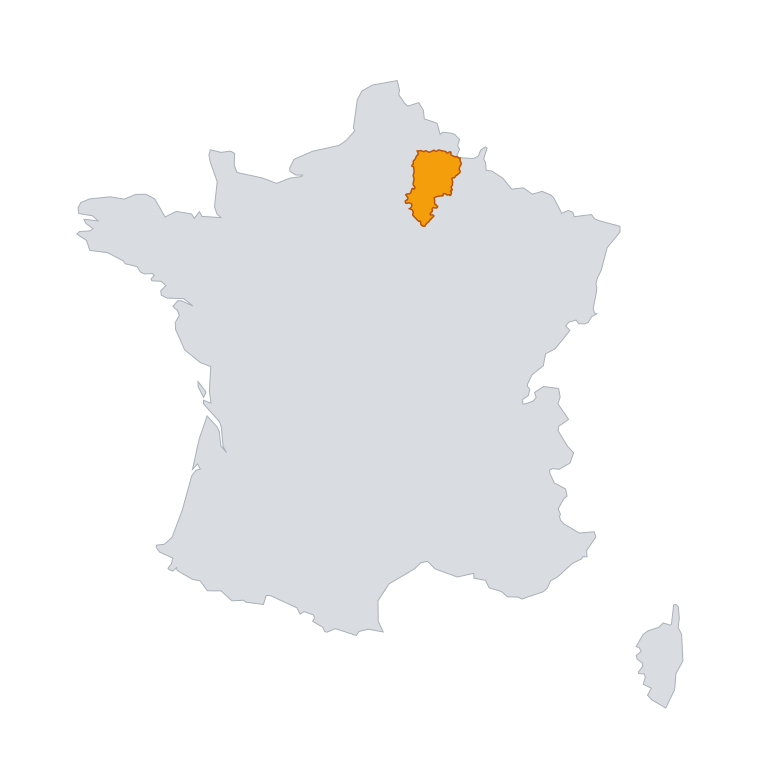 France, with Aisne highlighted, rotated 4°
{"feature_id": "FRA-5263", "entity_name": "Aisne", "entity_type": "Metropolitan department", "adm_level": 1, "iso_a3": "FRA", "parent_name": "France", "parent_adm1": "", "projection": "albers", "projection_center": [3.618, 49.454], "detail": "fine", "context": "in_parent", "style": "filled", "palette": "amber", "viewbox_px": 768, "rotation_deg": 4, "n_neighbors": 0, "source": "natural_earth", "source_scale": "10m", "svg_char_len": 7424}
<svg xmlns="http://www.w3.org/2000/svg" viewBox="0 0 768 768"><g transform="rotate(4 384 384)"><path d="M591.3,299.2L586.3,302.4L583.4,308.4L580.1,310.0L574.1,310.3L571.1,306.8L563.9,309.5L561.2,313.3L565.7,317.7L552.1,337.1L543.1,342.5L541.6,354.8L531.0,364.4L527.2,374.2L527.0,376.1L529.8,379.2L528.8,385.5L523.4,389.8L523.6,393.8L525.2,394.4L533.6,390.9L536.7,387.0L534.8,381.9L543.2,375.4L558.5,376.3L560.6,384.6L558.9,391.7L570.6,406.4L561.3,413.9L560.9,418.6L571.5,433.4L578.0,439.4L575.1,449.8L564.8,456.9L558.1,456.6L555.2,458.4L555.7,461.6L560.7,470.7L572.5,476.1L574.5,483.1L571.4,485.7L566.5,496.5L569.1,501.6L568.3,504.0L569.6,507.5L572.9,510.9L589.4,519.1L603.9,516.7L606.0,521.8L597.7,536.1L598.6,542.2L594.0,542.6L593.3,544.7L584.5,549.8L570.5,564.4L563.8,568.8L561.3,576.0L557.4,580.1L536.5,588.9L532.4,587.2L522.1,587.7L515.5,582.8L503.1,580.0L498.9,572.7L487.4,571.5L486.7,566.6L470.6,571.4L447.8,564.9L439.8,557.8L433.3,559.7L427.4,566.2L402.9,583.1L393.1,600.7L394.8,621.2L400.5,631.4L385.3,629.7L376.3,632.6L373.9,636.8L352.6,631.4L344.6,635.5L342.4,635.2L339.7,630.8L329.4,625.7L331.1,622.4L329.7,619.3L320.0,616.6L316.4,619.5L312.9,613.4L285.7,603.1L281.3,603.1L279.1,612.3L261.4,611.3L259.0,609.5L247.5,610.9L235.8,601.7L222.2,602.6L214.5,593.3L206.5,592.2L195.5,586.9L190.5,584.2L190.0,581.5L186.4,585.3L182.3,584.1L181.4,582.8L184.5,578.1L185.4,572.4L171.7,567.2L168.2,562.8L168.3,560.6L176.0,559.2L183.3,551.7L191.7,523.3L198.5,489.4L202.3,483.2L206.7,481.7L203.5,476.7L198.9,482.6L203.5,451.5L209.8,428.2L220.6,438.6L223.0,442.9L225.6,457.1L231.7,463.4L227.8,457.5L224.8,438.6L222.5,433.1L205.4,416.4L205.0,412.8L212.8,415.2L210.3,403.3L210.0,378.7L199.4,375.5L182.8,363.9L172.3,344.2L171.5,337.2L175.1,330.0L172.8,325.1L168.0,321.4L172.3,315.4L175.9,315.0L187.9,319.5L178.3,312.8L161.9,313.5L155.6,310.9L154.8,306.4L159.6,301.1L154.5,297.1L145.2,297.2L144.2,295.6L147.2,291.7L145.0,290.0L137.4,290.9L133.2,289.3L129.6,284.2L117.5,282.1L115.0,279.2L98.8,272.2L81.2,271.3L77.3,261.6L67.1,255.9L69.5,253.2L80.5,251.7L82.8,249.3L75.5,244.7L73.2,240.6L87.4,241.2L81.4,236.5L67.7,235.3L66.5,229.6L68.9,224.1L77.4,219.9L97.7,216.4L112.1,217.7L122.9,212.2L133.1,211.3L142.3,215.3L154.0,232.6L164.9,226.3L180.2,227.8L183.1,232.0L187.8,225.0L190.9,229.5L209.8,229.4L205.6,226.2L202.5,219.1L203.5,193.9L195.3,174.9L193.4,168.1L194.4,162.5L205.3,164.3L214.6,162.4L218.9,164.4L219.3,176.3L222.7,183.3L248.1,186.9L262.8,191.4L275.5,185.3L287.2,182.8L288.2,181.3L281.5,181.7L275.5,178.5L274.8,175.3L278.5,166.2L296.5,156.8L322.6,149.1L329.4,143.6L337.2,133.4L335.6,130.7L337.5,102.4L341.5,93.2L351.3,86.7L376.0,80.4L378.9,89.5L378.6,94.5L385.1,102.6L388.3,105.1L399.1,100.9L404.2,108.3L405.7,116.7L418.8,120.2L422.6,131.1L425.0,128.7L433.2,129.1L437.0,130.0L442.3,134.8L440.8,141.3L443.1,144.5L440.9,150.5L442.5,153.0L457.6,152.8L462.2,150.1L464.1,144.0L468.7,140.4L470.4,141.5L467.7,152.7L469.8,155.6L471.0,163.6L476.8,164.1L488.1,170.3L497.8,180.7L509.4,178.6L518.7,184.3L528.2,180.8L537.2,183.8L540.5,186.7L549.4,201.3L555.8,198.0L560.4,199.6L562.1,203.8L579.2,200.5L582.5,204.5L586.2,205.9L608.3,210.2L608.9,215.8L597.1,232.4L592.8,255.3L589.5,263.4L588.4,269.3L589.6,273.2L589.3,279.4L587.4,294.3L589.1,298.5L591.3,299.2ZM694.9,597.0L694.4,606.4L698.3,612.8L701.5,639.4L695.4,652.7L695.3,668.4L687.7,687.6L673.1,680.4L668.6,676.1L671.9,668.8L663.6,665.5L665.1,658.5L664.0,655.1L658.3,655.1L657.9,653.4L661.7,647.8L661.4,644.5L655.7,640.7L654.5,637.1L659.4,632.7L656.8,629.1L653.8,628.4L660.0,615.8L664.5,611.8L675.1,607.6L679.2,602.8L686.4,604.7L687.5,603.4L688.4,584.1L690.8,583.6L693.2,586.0L694.9,597.0ZM207.0,404.4L205.0,409.9L198.8,399.8L198.3,394.5L207.0,404.4Z" fill="#d9dde1" stroke="#a8b0b8" stroke-width="1"/><path d="M440.7,152.1L443.0,153.3L443.6,153.4L444.2,153.3L444.3,154.4L444.2,155.7L444.5,156.4L444.9,156.9L445.5,158.0L445.6,158.7L445.6,159.3L445.5,159.7L445.2,160.5L444.6,161.6L444.3,162.3L444.0,164.6L444.1,165.0L444.8,165.6L445.1,166.4L445.1,167.2L444.9,167.8L444.5,168.3L443.0,169.6L442.4,170.4L442.1,170.7L441.6,170.8L441.2,171.2L440.8,171.8L440.3,172.8L439.8,173.3L439.3,173.5L438.5,173.4L438.0,173.6L437.7,173.8L437.4,174.3L437.4,174.8L437.8,175.7L438.0,176.5L438.1,177.0L438.4,177.4L438.5,178.0L438.4,178.5L438.2,179.1L438.2,179.7L438.4,180.2L438.4,180.9L438.2,181.3L437.5,182.0L437.2,182.6L437.3,183.1L437.5,183.6L438.3,184.9L438.5,185.7L437.7,185.8L437.3,186.1L437.1,186.5L436.9,187.0L437.5,187.3L437.8,188.2L437.8,189.8L437.6,190.3L437.5,190.8L437.2,191.1L436.9,191.3L436.4,191.1L435.7,190.6L435.4,190.6L434.9,190.7L434.4,191.0L434.0,191.1L433.6,191.0L432.4,190.2L432.0,190.0L431.4,189.9L430.5,189.9L429.9,190.2L429.7,190.6L429.7,191.0L429.8,191.4L429.8,191.8L429.6,192.1L429.3,192.2L426.7,192.5L423.2,193.5L421.8,194.3L421.0,194.9L421.1,195.4L421.5,196.3L421.7,196.8L421.7,197.3L421.9,200.0L422.0,200.5L422.1,200.8L422.3,201.1L422.6,201.2L423.0,201.2L423.3,201.4L423.6,201.7L423.8,202.1L424.1,202.4L424.8,202.8L425.0,203.0L425.0,203.4L424.9,204.0L424.5,204.4L424.1,204.7L423.7,204.8L423.2,204.9L421.4,204.6L421.0,204.6L420.4,204.9L420.2,205.1L420.0,205.4L419.9,205.8L419.9,206.2L419.9,206.6L420.1,207.4L420.2,207.9L420.0,208.5L419.7,209.1L419.3,209.7L419.0,210.0L418.4,210.4L418.3,210.7L418.3,211.1L418.3,211.4L418.3,211.6L418.4,211.9L418.7,212.1L419.1,212.2L420.5,212.0L420.9,212.0L421.3,212.1L421.7,212.3L421.9,212.7L421.9,213.2L421.7,213.6L421.3,214.0L420.9,214.3L420.2,215.0L419.8,215.9L419.0,216.4L418.5,216.8L418.3,217.3L418.2,217.9L417.8,218.4L415.2,221.0L414.9,221.6L414.4,222.4L413.8,223.7L412.6,223.9L412.0,223.8L411.3,223.6L409.8,222.4L409.5,221.8L409.4,221.4L409.4,220.6L409.2,219.6L409.0,219.3L408.7,219.0L408.4,219.0L407.7,219.4L407.2,219.3L401.2,213.9L400.9,213.5L400.8,212.9L400.8,212.6L400.9,212.3L401.1,211.8L401.2,211.2L401.2,210.6L400.5,209.2L400.1,208.6L399.8,208.2L397.2,207.4L397.9,206.9L398.5,206.1L399.1,205.2L399.4,204.2L399.3,203.3L398.9,202.6L398.2,202.1L396.8,201.6L396.0,201.6L393.7,202.2L393.4,202.2L393.0,201.9L392.7,201.3L392.5,199.8L393.3,199.2L394.3,198.6L394.8,197.4L394.8,196.6L394.5,196.0L392.6,194.0L392.6,193.6L393.7,192.8L395.8,192.6L397.0,191.8L397.5,190.6L398.2,187.5L399.0,186.8L399.4,187.0L400.1,187.4L400.5,187.4L400.9,187.0L401.1,186.3L401.1,185.6L400.8,184.9L400.4,184.5L399.7,184.1L399.4,183.5L399.2,182.8L399.1,182.1L399.2,181.3L399.6,178.3L399.6,177.2L399.4,176.1L398.7,174.8L398.6,174.3L398.6,173.6L399.2,170.5L399.2,169.8L399.1,169.2L398.8,168.2L398.6,166.1L398.4,165.4L398.2,165.1L397.4,165.1L396.6,164.6L396.6,163.9L396.9,163.5L397.6,162.9L397.8,162.3L397.8,161.6L397.6,160.2L397.8,159.3L398.2,158.8L398.7,158.5L399.2,157.9L400.6,154.2L402.1,152.4L402.3,152.0L402.0,151.4L400.8,149.3L403.6,148.7L404.9,148.7L407.3,149.4L407.9,149.3L408.4,149.0L408.7,148.7L409.2,148.5L409.6,148.5L410.1,148.6L411.1,149.1L412.8,149.6L413.4,149.5L414.0,149.3L414.3,149.0L414.6,148.8L414.9,148.7L415.6,148.4L416.0,148.2L417.1,147.4L417.5,147.4L417.9,147.4L418.8,148.0L419.6,148.2L420.2,148.1L420.7,147.8L421.1,147.4L422.3,146.8L422.9,146.7L423.4,146.8L425.1,147.3L429.3,147.8L429.7,148.0L430.0,148.4L430.2,148.8L430.7,149.2L431.0,149.3L431.5,149.1L432.1,148.6L432.4,148.3L433.0,148.1L433.8,147.8L434.3,147.9L434.6,148.1L434.7,148.6L434.6,149.9L434.7,150.3L434.7,150.5L434.8,150.6L434.9,150.8L435.2,151.0L438.6,152.3L439.4,152.4L439.7,152.4L440.1,152.2L440.3,152.1L440.7,152.1Z" fill="#f59e0b" stroke="#b45309" stroke-width="1.5"/></g></svg>